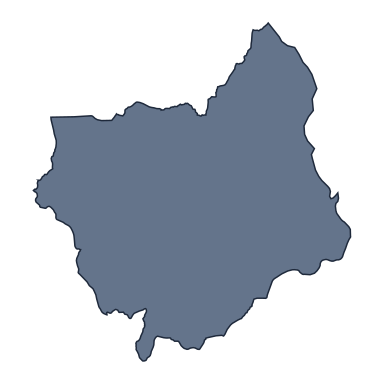 Seno, Séno, Burkina Faso
{"feature_id": "67063806B86156352342594", "entity_name": "Seno", "entity_type": "district", "adm_level": 2, "iso_a3": "BFA", "parent_name": "Burkina Faso", "parent_adm1": "Séno", "projection": "equal_earth", "projection_center": [-0.111, 13.969], "detail": "fine", "context": "isolated", "style": "filled", "palette": "slate", "viewbox_px": 384, "rotation_deg": 0, "n_neighbors": 0, "source": "geoboundaries", "source_scale": "gbopen_adm2", "svg_char_len": 5939}
<svg xmlns="http://www.w3.org/2000/svg" viewBox="0 0 384 384"><path d="M223.6,336.0L224.9,334.3L227.2,329.4L230.5,325.0L232.3,323.4L237.8,320.1L240.5,318.8L241.3,318.6L241.8,318.1L242.4,317.1L243.4,316.1L244.4,315.3L245.5,313.4L246.5,312.7L247.0,312.6L247.5,311.2L248.1,310.1L249.5,309.0L249.8,308.4L250.0,307.6L250.3,307.1L251.5,306.6L252.1,305.9L251.8,305.5L252.2,304.2L253.1,302.0L253.5,300.3L254.0,299.1L257.1,298.2L262.8,298.2L265.7,298.3L266.6,297.8L266.9,297.3L267.3,295.1L268.0,293.0L272.2,281.4L272.8,280.3L274.2,278.8L281.9,273.8L287.7,271.0L292.3,269.8L294.4,269.7L297.5,270.0L298.8,270.6L299.8,272.1L301.2,273.3L302.3,274.1L303.2,274.4L304.3,274.3L310.1,274.7L314.5,273.2L317.0,270.8L319.1,267.9L319.8,266.3L320.1,265.5L320.2,263.7L320.6,262.6L321.0,261.7L322.3,260.4L324.0,259.8L326.0,259.4L327.9,259.8L330.0,260.7L331.7,261.1L333.3,261.1L336.6,259.9L338.8,259.8L340.5,259.1L341.5,258.2L342.5,256.8L343.8,252.7L345.6,248.3L347.3,243.3L349.0,239.5L350.6,236.9L350.5,236.5L350.3,229.4L348.8,226.7L344.4,222.1L342.4,220.8L340.9,219.2L336.7,213.3L335.9,210.6L335.4,206.1L335.9,203.4L337.8,201.4L338.5,198.2L337.8,192.9L335.6,195.6L333.1,198.0L330.9,198.7L329.6,196.3L330.4,191.5L329.5,188.5L327.7,186.3L321.8,180.5L318.7,176.3L315.5,170.1L312.4,158.7L311.4,154.5L314.4,148.6L307.6,141.0L304.6,134.4L304.0,125.9L308.4,116.8L313.3,110.5L312.2,98.9L316.8,88.7L311.9,74.4L307.5,67.2L303.0,62.4L299.0,54.4L294.7,47.5L287.5,45.7L281.7,41.5L279.3,37.0L268.2,23.0L266.8,24.8L266.3,25.0L265.5,25.9L264.3,26.6L261.9,29.2L261.6,29.4L260.6,29.4L259.2,30.6L258.6,30.7L257.2,30.2L255.9,30.4L254.3,30.3L253.1,29.8L252.3,32.5L252.1,33.7L251.6,41.1L251.2,43.4L251.0,47.0L250.9,47.7L250.5,48.5L248.0,50.7L247.6,52.6L246.9,53.5L246.7,54.2L246.7,54.9L245.7,55.8L244.7,56.0L244.1,56.8L244.3,58.3L244.8,59.9L243.6,61.7L242.5,62.7L242.0,63.4L239.9,63.5L239.2,64.0L238.6,64.0L237.0,63.5L236.2,63.8L236.2,64.3L235.4,65.7L234.8,68.2L234.8,69.1L233.8,70.2L233.1,71.5L229.3,76.8L228.3,79.5L227.0,81.7L226.1,83.5L224.9,84.9L223.5,85.4L220.0,86.0L219.2,86.5L217.7,86.8L217.3,88.9L216.7,89.6L216.5,91.8L216.0,92.3L215.8,92.9L216.0,93.4L216.1,94.9L216.1,96.5L215.9,96.8L214.3,97.0L211.7,96.7L209.8,98.7L208.4,99.2L208.1,99.8L208.2,102.3L207.7,107.4L207.3,109.1L206.3,111.2L206.3,113.0L205.9,113.7L205.9,115.0L204.3,115.0L203.3,115.3L202.5,114.9L201.7,115.2L201.7,115.6L201.5,115.9L200.4,116.0L198.9,115.2L197.3,115.1L197.3,113.5L195.5,111.9L195.3,110.2L194.8,109.3L193.2,109.3L192.8,108.9L191.3,105.8L189.5,105.0L187.7,103.4L186.9,103.3L186.3,103.7L185.3,103.3L184.4,104.3L181.2,104.9L180.6,104.2L179.7,104.5L178.6,105.5L178.1,105.6L177.2,106.6L174.4,106.4L173.3,107.1L172.4,106.9L171.7,107.2L170.8,107.3L169.6,108.5L165.9,108.4L165.0,108.7L164.0,109.8L162.7,110.0L161.7,109.9L161.2,110.1L161.2,109.5L159.8,108.7L156.8,108.6L153.9,107.8L151.8,107.5L149.3,106.9L143.2,103.7L139.9,102.5L137.5,102.1L136.3,102.2L134.0,104.0L132.6,105.4L131.2,106.4L129.2,107.2L128.3,107.1L127.5,107.9L127.1,108.5L126.2,108.8L125.0,110.0L124.9,113.0L124.6,113.3L124.0,114.6L123.7,114.7L122.8,115.9L120.5,115.4L120.1,115.5L119.3,115.1L118.8,115.1L118.4,114.7L117.6,114.4L117.2,114.5L116.7,114.4L116.4,114.0L115.7,115.3L115.2,115.8L114.3,117.2L111.7,120.4L101.6,120.6L97.3,119.7L95.0,118.4L92.8,116.4L91.9,115.9L90.9,115.8L74.0,116.8L50.9,117.2L51.1,119.7L53.6,130.0L54.3,134.0L56.2,140.3L56.3,143.3L55.9,147.0L55.2,149.2L54.8,149.9L54.8,151.4L53.9,152.6L53.5,154.0L53.3,155.9L51.9,156.6L51.2,158.4L51.6,160.9L52.3,162.3L52.5,163.1L52.6,164.4L52.4,167.4L52.7,168.8L49.8,170.7L48.6,171.9L46.8,174.5L46.3,174.6L45.5,174.4L44.6,174.5L43.9,175.8L42.4,176.7L41.9,177.8L40.6,179.8L39.9,180.2L38.5,180.2L39.0,180.5L37.9,181.2L37.3,183.2L37.6,184.4L37.7,185.4L37.5,187.4L37.2,187.9L35.7,189.5L35.0,189.1L33.4,190.4L34.5,191.6L35.6,192.0L36.7,193.1L37.0,193.5L37.4,195.8L37.3,196.7L35.8,198.8L35.6,199.5L35.6,200.8L36.2,202.2L38.2,203.9L38.7,204.5L39.3,204.8L39.7,205.4L39.8,206.5L40.3,207.2L45.3,208.3L45.9,208.2L47.4,206.8L48.3,206.4L49.5,206.4L50.9,207.3L53.4,209.8L54.6,212.2L55.7,213.6L56.0,214.9L55.9,217.4L56.2,218.7L56.9,219.5L63.2,222.3L65.3,223.9L68.4,225.5L69.7,226.5L70.9,228.0L72.4,230.9L73.3,233.1L73.9,235.2L74.2,237.8L74.9,246.0L75.5,247.4L76.3,248.5L77.1,249.0L78.9,248.9L79.7,249.5L80.6,249.6L80.0,251.1L79.3,251.8L78.6,253.3L78.6,254.3L76.8,258.3L76.4,260.5L76.7,262.5L77.5,265.7L78.7,268.9L78.6,270.4L78.2,272.4L78.6,273.3L79.6,274.1L87.1,281.9L89.3,285.6L93.0,288.7L94.2,291.1L95.9,294.9L96.7,298.9L98.8,306.5L99.4,307.8L100.0,308.4L101.3,310.9L102.0,312.1L103.5,313.4L106.7,314.8L107.0,314.8L106.8,314.1L106.8,312.5L107.6,312.2L110.0,313.2L110.9,313.1L111.6,312.6L112.4,311.5L115.0,309.7L115.8,309.4L117.8,310.2L118.8,312.1L119.2,312.4L123.5,312.2L124.7,314.1L127.0,314.7L127.6,315.2L128.7,317.4L129.3,318.1L130.1,318.5L131.1,318.1L132.5,315.5L133.4,314.2L134.2,313.3L139.4,311.0L143.0,309.9L144.4,308.9L145.4,308.6L145.9,308.9L146.4,310.0L146.4,311.9L144.8,314.9L144.6,315.5L144.7,316.4L142.9,318.8L143.8,321.1L144.5,321.9L144.5,323.4L144.8,324.2L144.5,325.3L144.9,325.9L144.5,326.6L144.4,327.4L143.3,328.7L143.1,329.3L142.8,331.8L140.9,335.9L140.1,338.5L139.2,340.0L138.3,340.9L137.0,341.4L136.3,342.3L135.9,343.5L136.2,345.0L136.0,346.0L136.3,347.9L136.1,349.3L136.4,350.1L137.2,351.3L138.6,354.2L139.4,357.3L139.8,358.0L142.6,360.9L144.0,361.0L145.7,360.5L146.1,360.2L147.2,358.0L148.0,357.3L149.2,356.6L150.2,355.5L151.0,353.1L151.2,351.6L153.2,347.0L153.8,344.9L154.1,340.5L154.7,339.0L155.6,337.6L156.5,336.7L157.6,336.2L163.7,337.7L166.3,338.0L170.0,337.9L170.6,338.2L171.2,339.4L173.3,340.0L174.5,341.2L177.5,341.2L178.6,341.4L179.6,342.9L181.1,345.6L182.8,347.3L184.2,348.4L185.8,348.9L187.0,349.3L188.4,349.1L190.3,348.1L193.2,347.6L195.2,348.0L197.5,349.2L199.2,349.4L199.8,349.0L202.8,344.4L203.7,342.9L204.1,341.8L204.5,340.0L205.7,339.3L205.7,338.3L207.4,337.7L216.0,335.8L221.7,335.3L223.6,336.0Z" fill="#64748b" stroke="#1e293b" stroke-width="1.5"/></svg>